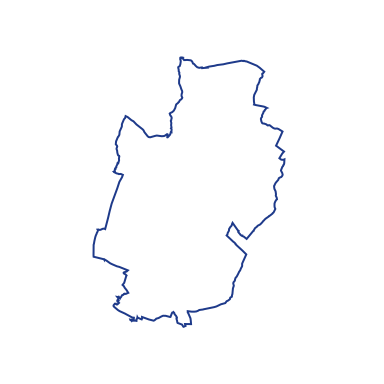 outline of Susani, Vâlcea, Romania, rotated 224°
{"feature_id": "2599482B57845502750026", "entity_name": "Susani", "entity_type": "district", "adm_level": 2, "iso_a3": "ROU", "parent_name": "Romania", "parent_adm1": "Vâlcea", "projection": "natural_earth1", "projection_center": [24.105, 44.597], "detail": "fine", "context": "isolated", "style": "outline", "palette": "blue", "viewbox_px": 384, "rotation_deg": 224, "n_neighbors": 0, "source": "geoboundaries", "source_scale": "gbopen_adm2", "svg_char_len": 6007}
<svg xmlns="http://www.w3.org/2000/svg" viewBox="0 0 384 384"><g transform="rotate(224 192 192)"><path d="M293.5,281.0L293.7,280.5L293.3,280.0L292.7,279.3L291.5,278.7L290.8,278.1L289.2,275.9L288.3,274.1L288.3,273.7L288.7,272.7L288.5,272.1L288.2,271.8L286.5,270.7L285.4,269.6L284.4,269.3L283.9,269.0L283.3,268.1L281.2,267.0L280.6,266.4L279.2,263.8L276.8,261.2L276.2,260.9L273.9,260.0L271.0,258.5L269.1,257.7L268.2,256.8L267.5,255.3L266.8,254.4L266.2,253.8L264.5,253.1L264.3,252.6L264.1,251.3L264.5,249.6L263.9,247.7L264.1,246.9L263.9,246.2L264.2,244.4L264.1,243.8L262.4,240.7L261.6,237.9L261.7,235.8L262.5,233.6L262.5,232.9L260.7,232.0L259.4,231.9L258.1,231.2L257.8,230.8L257.4,229.9L256.9,229.4L256.7,228.5L256.3,228.2L255.1,227.5L254.4,226.8L253.5,225.6L251.5,224.1L251.4,223.2L250.5,223.1L250.2,222.9L248.6,221.0L248.3,220.8L248.2,220.7L248.8,220.3L247.8,218.5L247.6,217.8L247.5,215.8L247.5,214.4L247.8,214.2L248.2,214.6L249.3,216.3L249.6,216.5L250.1,216.3L250.7,213.4L251.1,212.7L252.5,211.1L256.5,208.2L257.4,206.9L260.1,202.3L261.4,201.4L262.7,201.3L267.8,202.0L269.7,202.7L271.0,202.8L278.9,202.0L283.2,202.2L285.4,201.6L290.3,201.2L292.5,200.5L291.5,198.7L291.5,197.3L291.4,196.9L289.8,192.7L289.3,191.8L288.2,190.7L287.8,190.0L286.1,185.3L284.0,182.7L283.4,180.5L283.5,180.1L283.4,179.8L281.8,175.7L280.0,173.4L278.2,173.2L277.4,172.8L276.5,170.9L275.8,170.3L274.8,169.9L273.0,168.4L271.0,167.2L270.3,167.1L269.6,167.4L269.1,167.2L267.8,165.3L266.5,164.2L265.1,161.6L265.7,161.4L265.7,161.1L264.9,159.9L264.1,157.5L263.6,157.2L263.5,156.9L263.7,155.6L263.0,155.3L263.1,154.6L263.0,154.3L261.9,153.3L261.9,153.2L262.3,153.0L262.4,152.5L261.6,152.8L261.5,152.3L259.2,153.0L257.7,153.9L257.0,154.1L255.8,155.5L253.6,156.3L252.6,154.0L251.3,148.9L248.3,142.7L241.7,127.8L237.8,120.8L234.5,115.3L228.7,105.0L229.8,104.6L230.8,103.3L231.2,102.1L231.8,100.9L232.3,100.4L233.3,100.0L233.8,99.4L233.0,99.2L232.3,97.6L232.0,96.4L231.6,95.7L231.1,94.2L230.3,92.5L228.2,89.0L226.5,86.5L226.1,85.7L218.9,78.1L217.8,77.1L209.2,82.1L208.2,82.4L207.9,82.3L208.1,82.7L205.5,83.3L201.3,83.9L198.9,84.7L194.4,86.4L192.3,87.6L183.7,91.1L183.8,89.4L185.1,87.0L185.0,86.3L184.4,86.1L182.9,86.5L181.1,86.5L180.9,85.8L177.7,79.6L177.4,76.9L175.3,76.9L174.2,76.4L171.0,76.0L167.8,75.2L168.8,72.8L169.1,72.6L169.3,72.2L169.6,72.2L170.0,71.9L170.2,71.2L170.0,70.7L170.1,70.0L170.5,69.5L170.6,69.1L170.1,67.4L170.0,65.8L169.9,65.5L172.0,65.8L172.2,65.1L172.9,64.6L170.7,64.3L170.5,62.4L169.3,62.7L169.4,61.5L167.5,61.5L167.6,59.6L167.8,58.9L168.5,58.6L169.1,58.8L169.9,58.1L169.7,56.0L169.3,55.5L168.5,55.3L163.4,55.6L161.4,56.0L155.7,58.0L154.9,58.2L147.8,60.2L146.5,61.2L145.3,59.8L145.3,59.6L146.1,58.7L146.8,58.2L147.0,57.7L147.7,57.3L147.3,57.1L146.1,57.5L145.7,57.4L145.7,57.9L142.8,60.6L142.5,60.6L142.4,60.8L143.1,61.2L143.5,61.9L143.5,62.8L144.3,64.0L144.0,63.9L143.5,64.0L139.9,65.3L139.7,65.4L140.1,66.5L141.1,67.4L134.4,70.4L130.2,72.8L129.9,73.6L129.7,74.9L129.7,76.1L128.5,78.1L127.6,81.1L126.9,82.8L126.3,83.4L125.0,84.6L120.9,86.9L120.7,87.2L122.3,90.9L122.4,91.7L121.9,92.0L121.7,92.4L121.8,92.7L120.8,92.7L119.6,92.0L117.4,91.8L115.8,91.3L115.4,91.0L115.5,90.4L114.3,89.5L113.7,89.3L112.1,88.1L111.4,87.8L107.1,89.7L104.8,89.1L104.5,89.1L104.3,89.4L103.6,91.2L104.6,91.7L105.3,92.2L100.9,96.3L103.5,98.6L105.4,100.1L110.2,102.1L111.4,102.4L112.3,103.3L109.1,105.7L107.3,107.4L105.9,109.1L105.1,110.9L104.8,112.2L102.4,115.2L102.3,115.5L96.0,124.7L94.9,126.7L93.2,131.3L90.9,135.2L91.2,137.5L90.6,139.0L90.3,141.2L90.4,141.6L90.9,142.1L91.1,142.7L90.6,144.4L91.4,145.3L92.1,146.7L95.6,151.1L96.8,153.6L98.8,154.9L99.4,155.8L99.6,158.0L100.3,159.0L101.0,160.4L101.1,162.3L102.0,165.4L102.7,167.4L102.9,169.0L103.7,170.9L104.3,173.1L104.6,173.7L106.1,175.2L106.4,175.9L109.6,184.8L115.0,184.9L121.7,184.7L124.4,184.7L124.6,185.0L126.4,185.1L127.8,184.9L136.9,184.8L137.1,186.2L137.9,187.4L138.4,189.4L138.8,190.2L139.6,191.1L140.1,193.4L140.1,194.8L140.2,195.5L141.0,196.9L141.4,198.0L132.6,196.3L131.3,196.4L131.1,195.4L129.2,195.1L128.3,195.1L127.8,194.9L126.3,195.0L125.7,195.5L125.5,195.2L123.6,195.9L120.1,196.2L120.9,206.7L120.7,206.9L120.9,207.3L121.5,209.5L121.5,210.2L121.2,211.9L121.3,213.3L120.4,216.1L120.4,219.1L120.6,220.4L120.5,221.5L120.6,222.7L120.5,224.1L119.8,227.6L119.9,228.1L119.7,228.3L119.4,230.2L119.1,232.4L119.3,232.9L119.1,233.7L119.3,234.6L120.3,237.7L121.9,238.4L122.9,239.2L124.6,241.0L125.2,242.2L125.7,243.8L125.9,244.8L125.8,245.8L127.2,246.8L129.1,247.5L130.1,248.8L132.4,250.6L134.9,251.5L136.7,252.9L137.2,253.5L137.2,253.9L137.7,255.0L138.2,256.9L138.4,260.7L139.1,262.2L138.8,263.5L138.2,264.8L138.3,266.2L138.5,266.8L138.8,267.4L140.2,268.3L142.9,269.2L143.2,269.7L144.5,272.9L144.5,273.9L145.0,274.7L144.9,275.4L145.6,276.7L148.2,279.7L148.6,278.8L149.5,277.8L150.5,277.2L152.6,277.0L153.8,282.4L153.9,285.0L163.7,283.7L166.3,291.4L168.9,298.4L173.6,297.4L175.0,296.7L176.2,295.3L177.1,294.8L178.5,294.4L182.4,294.0L182.9,293.7L183.2,293.4L183.4,292.9L183.9,292.4L185.5,292.3L187.7,291.3L188.5,290.6L189.3,290.3L191.0,290.9L193.2,292.4L193.7,293.5L193.8,294.7L194.1,295.1L194.9,295.8L195.8,298.8L196.0,298.9L196.4,299.7L196.2,300.8L196.6,301.6L196.5,302.2L196.8,303.9L196.5,304.5L198.9,303.7L200.0,303.1L206.9,298.6L208.1,298.0L208.3,298.6L210.4,300.2L213.3,303.0L214.7,305.1L216.4,310.6L217.5,311.9L217.8,312.6L218.8,313.8L219.0,314.2L219.2,315.7L219.6,316.5L219.8,317.4L221.1,319.8L221.6,320.3L221.7,321.8L221.3,322.8L221.3,323.3L221.7,324.3L222.3,324.8L223.5,325.6L223.6,326.0L223.4,326.8L223.6,328.7L229.6,328.4L233.1,327.9L243.3,323.9L244.7,322.9L245.2,322.8L245.9,322.3L246.0,321.9L246.2,321.7L247.5,320.9L256.0,309.0L258.2,305.6L262.0,300.9L263.6,298.3L266.8,294.1L268.1,291.9L267.5,291.9L270.8,288.1L271.4,288.5L273.1,286.3L274.9,285.4L276.7,285.3L279.1,285.5L280.0,285.4L280.5,285.1L282.6,286.0L284.3,285.9L287.3,283.6L288.7,282.0L289.3,281.4L291.0,281.7L292.3,281.1L292.2,282.1L292.7,281.8L293.5,281.0Z" fill="none" stroke="#1e3a8a" stroke-width="2"/></g></svg>